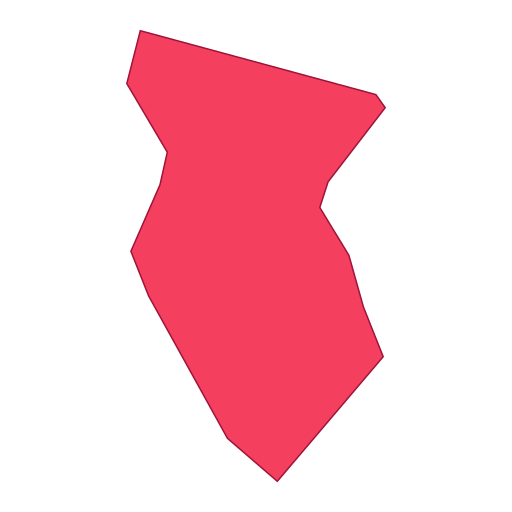 an SVG outline of Miklavž na Dravskem polju
{"feature_id": "SVN-228", "entity_name": "Miklavž na Dravskem polju", "entity_type": "Municipality", "adm_level": 1, "iso_a3": "SVN", "parent_name": "Slovenia", "parent_adm1": "", "projection": "equal_earth", "projection_center": [15.713, 46.486], "detail": "fine", "context": "isolated", "style": "filled", "palette": "rose", "viewbox_px": 512, "rotation_deg": 0, "n_neighbors": 0, "source": "natural_earth", "source_scale": "10m", "svg_char_len": 320}
<svg xmlns="http://www.w3.org/2000/svg" viewBox="0 0 512 512"><path d="M140.3,30.7L375.9,94.6L385.2,107.7L328.1,181.8L319.8,207.5L348.9,255.3L363.4,306.9L383.2,356.7L277.3,481.3L227.5,438.4L148.6,295.9L130.9,251.3L160.0,184.7L167.3,152.2L126.8,83.6L140.3,30.7Z" fill="#f43f5e" stroke="#9f1239" stroke-width="1.5"/></svg>